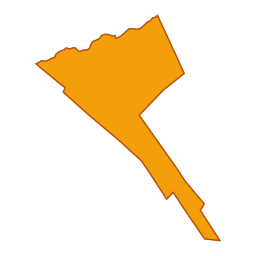 outline of Embakasi South, Nairobi, Kenya
{"feature_id": "3690345B30654338580609", "entity_name": "Embakasi South", "entity_type": "district", "adm_level": 2, "iso_a3": "KEN", "parent_name": "Kenya", "parent_adm1": "Nairobi", "projection": "equal_earth", "projection_center": [36.875, -1.338], "detail": "fine", "context": "isolated", "style": "filled", "palette": "amber", "viewbox_px": 256, "rotation_deg": 0, "n_neighbors": 0, "source": "geoboundaries", "source_scale": "gbopen_adm2", "svg_char_len": 1073}
<svg xmlns="http://www.w3.org/2000/svg" viewBox="0 0 256 256"><path d="M157.5,15.4L155.2,17.3L152.4,18.0L150.3,20.8L147.6,21.9L144.7,24.6L141.4,27.7L139.6,28.7L136.9,29.2L134.0,29.0L132.1,28.6L129.2,28.9L126.3,31.2L123.5,33.9L120.2,36.4L117.6,38.0L115.6,38.2L115.0,35.6L112.1,36.1L109.1,34.6L106.6,34.4L104.2,34.4L101.3,35.7L99.6,38.5L96.0,40.3L93.1,41.4L91.4,43.5L89.4,48.5L86.8,49.9L82.7,50.2L79.9,51.6L77.5,50.3L75.5,48.0L72.6,47.8L69.9,49.0L66.2,47.9L63.9,49.9L61.9,50.4L58.9,51.9L56.1,54.1L54.4,57.6L51.4,58.3L48.7,60.0L45.7,61.2L43.4,60.9L41.4,60.8L38.9,62.3L36.1,63.8L40.6,67.8L59.1,83.0L61.8,85.2L65.1,87.8L63.2,92.1L89.4,115.5L118.4,139.9L138.4,158.1L141.5,160.9L143.7,164.3L145.1,166.3L147.1,169.1L159.8,188.5L166.7,199.2L173.2,192.3L175.6,195.9L186.3,212.2L191.5,219.8L204.6,238.9L219.9,240.6L200.2,210.2L202.3,207.5L204.2,203.7L197.1,195.5L190.2,187.1L184.8,180.6L180.7,174.4L175.1,165.8L171.2,160.5L148.5,128.4L139.2,115.2L156.6,97.1L163.2,90.2L180.9,76.1L184.2,73.5L182.8,70.3L174.2,51.5L157.5,15.4Z" fill="#f59e0b" stroke="#b45309" stroke-width="1.5"/></svg>